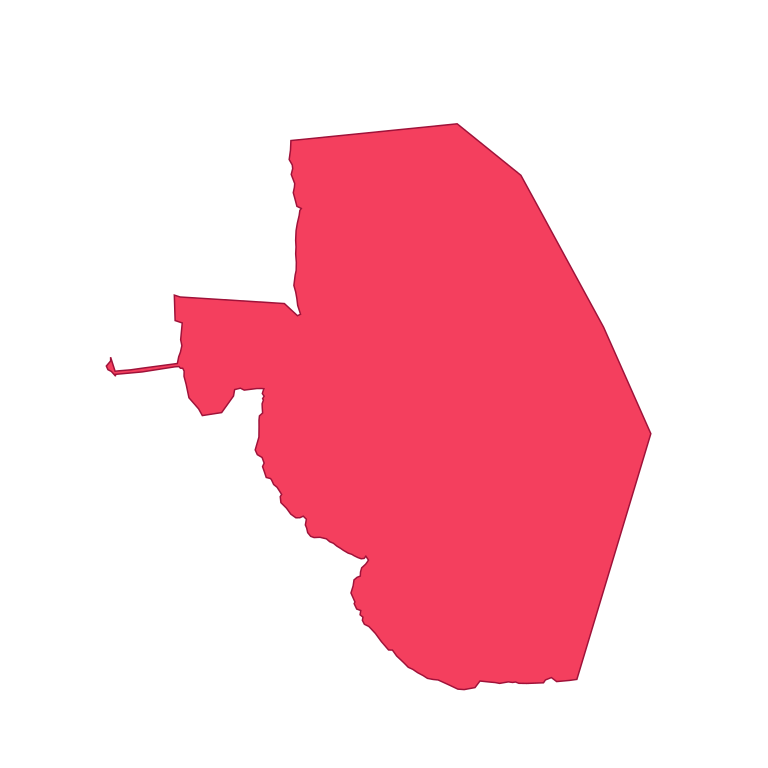 the district of Ngetkib, Palau, rotated 17°
{"feature_id": "81905179B7485238607741", "entity_name": "Ngetkib", "entity_type": "district", "adm_level": 2, "iso_a3": "PLW", "parent_name": "Palau", "parent_adm1": "", "projection": "orthographic", "projection_center": [134.51, 7.364], "detail": "fine", "context": "isolated", "style": "filled", "palette": "rose", "viewbox_px": 768, "rotation_deg": 17, "n_neighbors": 0, "source": "geoboundaries", "source_scale": "gbopen_adm2", "svg_char_len": 2342}
<svg xmlns="http://www.w3.org/2000/svg" viewBox="0 0 768 768"><g transform="rotate(17 384 384)"><path d="M223.8,178.4L226.2,187.7L227.7,197.1L232.2,201.3L233.7,204.7L234.0,210.7L240.0,218.4L240.8,222.1L241.3,227.6L244.6,232.8L248.8,239.6L253.6,240.3L252.8,242.7L253.6,247.6L254.1,255.3L254.4,257.9L255.1,263.1L257.5,272.4L259.8,278.7L261.5,285.4L264.6,293.3L266.8,301.1L267.2,305.8L269.0,316.1L272.7,321.9L275.7,327.8L278.5,334.1L283.8,341.7L281.3,344.0L265.2,336.2L163.6,360.4L157.5,360.3L165.7,384.4L173.2,384.6L176.6,401.1L179.5,406.4L180.0,413.1L179.7,418.0L180.4,424.8L148.1,439.6L137.4,444.6L126.6,448.9L123.1,450.4L114.7,438.3L115.6,441.1L115.8,442.0L113.2,448.0L115.8,451.0L119.6,451.7L120.4,452.2L125.1,455.0L124.1,453.4L149.1,443.2L179.0,428.7L182.8,427.3L184.7,428.4L186.9,427.8L189.1,430.1L190.5,435.1L194.9,442.2L201.5,454.2L214.0,462.0L219.5,467.3L237.1,458.8L243.6,439.5L242.8,433.0L247.9,430.0L252.1,430.7L263.5,425.6L268.2,424.1L270.5,423.6L270.4,428.7L272.9,430.7L272.2,433.5L273.4,434.6L273.2,438.5L274.7,442.8L276.4,447.2L274.2,450.9L275.0,455.0L277.0,461.4L279.9,471.3L280.1,484.7L283.5,488.6L286.4,489.3L288.9,489.9L292.5,494.7L292.0,498.5L294.8,502.3L298.7,507.8L303.1,507.6L304.5,508.6L307.9,512.4L311.9,514.0L318.4,519.5L317.7,522.0L320.1,527.6L327.1,531.3L332.9,535.7L338.8,537.7L342.6,536.5L345.4,534.0L349.3,536.0L350.0,541.8L352.1,544.3L354.5,548.5L358.4,551.1L362.0,551.3L367.6,549.3L371.2,549.1L374.2,548.9L378.2,550.7L382.2,551.1L386.3,552.8L390.6,553.9L393.7,554.9L399.1,556.2L403.1,556.3L405.3,556.9L409.6,557.6L413.3,557.8L416.0,556.6L417.0,554.0L420.6,556.9L420.0,559.2L419.1,561.7L416.4,566.3L416.5,570.7L417.5,574.6L414.8,576.7L412.6,580.1L413.5,586.1L413.5,593.5L419.9,600.9L419.7,602.8L423.7,607.2L428.0,607.4L428.6,611.7L432.0,613.1L432.4,616.3L435.5,619.5L440.4,620.3L448.6,625.0L456.9,631.2L466.1,637.0L469.9,636.0L475.6,640.4L483.9,644.5L490.0,647.8L495.1,648.5L500.5,650.2L506.7,651.4L511.6,652.8L517.3,652.2L522.3,651.2L535.1,652.9L543.8,654.2L550.0,652.8L559.8,647.7L562.6,640.0L572.3,638.1L577.6,637.0L582.1,636.5L590.0,632.5L594.3,631.8L596.9,630.5L600.4,630.8L608.1,628.6L623.9,623.1L624.9,619.8L629.9,615.8L636.1,618.1L648.1,613.2L654.8,610.1L653.7,353.5L577.4,265.5L521.9,211.1L482.1,172.0L453.9,144.4L377.9,113.8L223.8,178.4Z" fill="#f43f5e" stroke="#9f1239" stroke-width="1.5"/></g></svg>